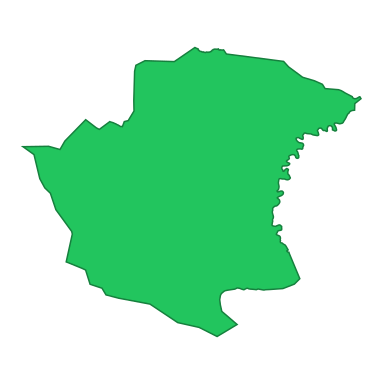 outline of Galt, Hövsgöl, Mongolia
{"feature_id": "93677404B44283034286627", "entity_name": "Galt", "entity_type": "district", "adm_level": 2, "iso_a3": "MNG", "parent_name": "Mongolia", "parent_adm1": "Hövsgöl", "projection": "natural_earth1", "projection_center": [100.238, 48.744], "detail": "fine", "context": "isolated", "style": "filled", "palette": "green", "viewbox_px": 384, "rotation_deg": 0, "n_neighbors": 0, "source": "geoboundaries", "source_scale": "gbopen_adm2", "svg_char_len": 5979}
<svg xmlns="http://www.w3.org/2000/svg" viewBox="0 0 384 384"><path d="M302.4,77.1L288.6,66.9L283.6,61.4L226.4,54.0L223.6,49.9L223.2,49.9L222.9,50.1L222.3,50.0L222.0,50.1L221.1,49.9L220.5,50.0L220.2,49.8L219.8,50.1L219.6,50.0L219.2,50.0L219.1,49.9L218.7,49.3L218.4,49.2L218.3,48.9L218.1,48.9L217.9,49.0L217.8,49.3L217.5,49.2L217.2,49.3L216.7,49.2L216.4,49.3L216.0,49.1L215.6,49.2L215.2,49.1L214.8,49.2L214.4,49.1L214.0,49.3L213.5,49.4L213.2,49.5L213.0,49.9L212.7,49.9L212.3,50.1L212.1,50.4L211.9,50.5L211.7,50.8L211.7,51.0L211.2,51.2L211.1,51.5L210.2,51.7L209.6,52.2L208.5,52.1L208.0,52.4L207.3,52.1L206.7,52.0L206.4,52.2L206.0,52.2L205.7,52.5L205.4,52.6L204.6,52.3L204.1,52.4L203.7,52.0L203.1,52.1L203.0,51.9L202.8,51.9L202.1,52.0L201.1,51.4L200.1,51.3L199.8,51.2L199.3,50.8L199.0,50.3L198.4,50.1L198.3,49.6L198.1,49.3L198.1,48.9L197.5,48.8L197.2,48.5L196.5,48.4L196.0,48.0L194.9,47.5L174.3,61.6L145.0,60.7L135.9,65.3L134.6,71.3L133.8,100.5L134.0,111.0L128.2,120.6L124.3,121.6L122.4,126.6L121.8,126.4L120.9,126.6L120.3,126.4L118.1,125.0L117.2,124.7L115.7,123.8L114.8,123.5L113.4,122.8L111.5,122.2L110.6,122.0L109.8,121.6L99.3,129.4L96.4,127.9L85.7,119.7L64.9,141.0L60.0,149.5L48.6,146.3L23.0,146.7L34.0,154.6L39.8,178.7L44.8,187.9L50.4,193.3L55.9,209.7L71.7,231.4L72.3,234.1L66.2,261.9L82.0,268.3L85.6,270.0L90.1,284.3L102.0,288.2L106.0,294.9L118.7,298.2L150.0,304.1L177.7,322.6L199.1,327.4L217.1,336.5L237.1,324.5L221.8,311.4L220.4,305.1L219.7,299.7L220.4,295.6L221.0,294.2L221.8,293.2L223.1,292.1L224.2,291.2L224.9,290.8L227.5,290.2L234.9,289.1L237.1,288.0L237.5,288.0L238.4,288.1L239.9,288.4L241.3,289.0L243.5,289.7L244.3,289.6L245.0,289.2L245.4,288.9L246.3,288.5L246.9,288.3L247.6,288.3L247.9,288.3L248.7,288.8L250.2,289.1L251.9,289.2L255.0,289.5L256.2,289.7L258.1,289.0L263.5,290.0L264.2,290.0L265.5,289.7L269.8,289.5L282.6,288.6L283.1,288.5L294.4,284.1L299.8,278.7L289.0,252.8L289.0,252.3L288.1,252.1L287.6,251.9L286.8,251.0L286.9,250.7L287.7,250.3L288.1,249.9L287.7,249.1L287.2,248.4L286.9,247.7L285.9,246.0L285.0,244.9L283.5,244.2L282.3,243.1L281.0,242.8L280.5,242.5L280.2,241.3L280.5,240.6L280.2,239.5L280.5,238.1L280.3,237.3L280.0,236.5L279.5,236.0L278.4,235.5L277.0,234.9L276.4,234.5L276.4,234.1L276.7,233.3L277.1,232.7L277.7,231.3L278.3,230.8L278.9,230.6L280.2,230.4L281.2,230.1L281.6,229.8L281.7,229.3L281.7,228.0L281.6,227.3L281.7,226.7L281.6,226.3L281.0,225.9L280.4,225.2L279.9,225.1L279.4,224.9L278.4,225.1L277.6,225.5L276.7,225.8L276.3,226.1L275.8,226.3L275.2,226.3L273.3,226.1L272.8,225.7L272.2,225.5L272.0,224.7L272.3,223.3L272.3,222.5L272.6,222.0L272.7,221.1L272.5,219.7L272.6,219.3L273.1,218.4L273.3,217.8L273.4,217.2L273.4,216.5L272.4,212.9L272.3,211.8L272.4,211.3L272.6,210.6L272.8,210.1L272.7,209.5L272.6,209.0L272.6,208.5L273.4,207.4L274.3,206.6L275.1,206.1L276.1,206.0L276.8,205.8L277.8,205.0L278.9,203.8L279.4,203.0L279.7,202.4L279.8,201.7L279.8,201.3L279.4,199.9L278.5,199.0L277.8,198.5L277.3,198.0L277.3,197.7L278.8,196.6L281.2,195.7L282.1,195.1L282.8,194.5L283.1,194.1L283.4,193.0L283.4,192.5L283.0,191.8L282.4,191.2L281.2,191.0L280.1,191.2L278.9,191.7L278.0,191.9L277.6,191.8L277.3,191.6L277.1,191.1L277.1,190.8L277.5,190.4L278.1,190.0L278.4,189.6L278.8,188.3L279.0,187.0L279.0,186.2L278.4,183.3L278.4,182.3L278.6,181.3L278.8,179.8L279.1,179.0L279.6,178.7L280.3,178.6L281.1,178.7L282.1,179.0L284.6,179.0L285.7,179.5L287.1,179.8L287.9,179.8L288.6,179.5L289.4,179.1L289.8,178.7L290.3,178.0L290.2,177.4L289.7,176.7L289.3,175.4L288.2,174.3L288.0,173.9L287.8,173.2L287.8,171.7L288.1,170.7L288.4,169.6L288.1,169.2L286.8,168.5L285.7,169.2L285.2,169.5L284.3,170.8L283.9,171.1L283.4,171.3L283.1,171.2L282.9,171.0L282.8,170.2L282.6,169.5L282.2,169.4L281.8,168.6L281.7,167.7L282.5,166.1L283.0,166.0L286.7,165.8L287.3,165.7L288.6,165.2L289.2,164.7L289.6,164.2L289.7,163.8L289.6,163.4L289.0,163.0L288.3,162.8L287.4,162.3L286.6,161.6L286.5,161.3L286.6,160.9L287.5,160.1L288.3,159.7L289.1,159.0L289.3,158.6L289.3,158.3L288.8,156.8L288.8,156.4L289.1,156.0L290.0,155.4L291.8,154.7L292.4,154.6L293.8,154.7L294.3,154.9L294.9,155.4L295.4,156.1L295.8,157.4L296.1,157.8L296.5,158.1L297.0,158.3L297.5,158.3L298.4,158.0L298.7,157.6L298.8,156.1L298.8,155.6L298.3,154.6L298.1,153.4L297.8,152.4L297.5,151.7L297.0,151.2L296.7,150.4L296.7,149.9L297.1,149.4L297.7,149.1L299.0,148.9L300.4,148.9L301.8,149.2L302.1,149.1L302.5,148.9L302.7,148.5L302.8,148.0L302.8,147.2L303.1,146.4L303.5,145.7L303.6,145.3L303.5,144.7L303.3,144.1L302.7,143.4L302.0,143.1L300.1,142.8L298.9,142.5L297.5,141.4L296.6,140.3L296.1,139.2L296.1,138.7L296.2,138.3L296.4,138.0L296.8,137.9L297.7,137.6L298.5,137.6L299.1,137.9L299.7,138.3L301.6,139.2L302.2,139.4L302.5,139.4L303.1,139.0L303.2,137.8L303.1,136.8L302.7,136.0L302.7,135.6L302.9,135.1L303.6,134.2L304.1,133.3L304.5,133.1L305.1,133.0L307.0,133.6L310.9,133.9L313.1,134.9L316.5,135.5L317.3,135.6L317.9,135.5L318.6,135.0L318.7,134.3L318.5,133.7L318.2,132.5L317.4,130.7L317.5,130.3L318.1,129.4L318.8,128.4L319.7,128.1L321.1,128.1L321.8,128.7L322.1,129.2L322.7,130.0L323.4,130.5L325.0,130.5L325.5,130.7L325.9,131.1L326.4,131.4L326.8,131.4L327.2,131.2L327.4,130.8L327.2,128.8L327.2,128.4L327.8,127.1L328.0,126.4L328.7,125.9L329.4,125.7L330.1,125.7L331.0,125.9L331.4,126.2L331.9,126.6L332.4,127.7L332.5,128.4L332.5,129.7L332.5,129.9L332.7,130.0L333.6,130.3L334.4,130.8L335.0,131.0L335.6,130.9L336.4,130.5L336.5,130.2L336.5,129.3L336.1,128.3L336.0,127.5L335.5,126.6L334.8,125.4L334.3,124.4L334.4,123.5L334.6,123.2L335.4,123.1L336.3,123.0L337.3,123.2L339.2,123.7L339.8,123.8L341.1,123.5L342.0,123.3L342.7,122.9L343.3,122.2L344.1,120.7L345.2,119.1L346.0,117.6L346.6,116.3L347.4,114.7L348.2,113.6L349.0,113.1L349.6,111.9L350.9,111.0L352.2,110.5L354.6,110.2L354.8,103.6L361.0,98.7L360.1,97.1L359.9,96.8L359.7,96.8L359.3,96.8L359.0,97.1L357.4,98.0L356.2,98.6L354.6,98.7L353.4,98.3L352.5,97.4L352.3,96.7L345.2,93.0L342.8,91.5L341.1,90.6L338.6,89.7L325.1,88.6L322.4,84.3L314.5,80.8L302.7,77.3L302.4,77.1Z" fill="#22c55e" stroke="#15803d" stroke-width="1.5"/></svg>